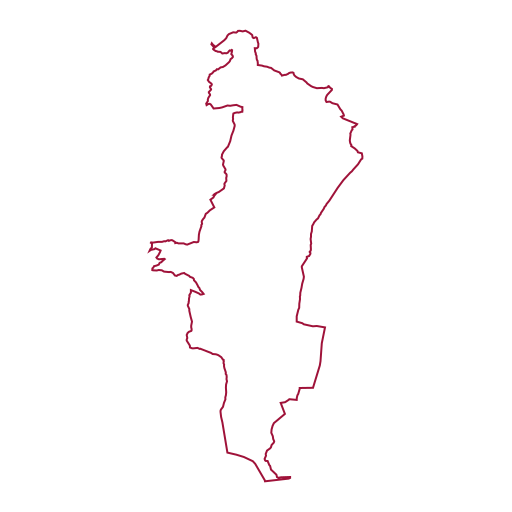 Godeni, Arges, Romania (Robinson projection)
{"feature_id": "2599482B53063420338002", "entity_name": "Godeni", "entity_type": "district", "adm_level": 2, "iso_a3": "ROU", "parent_name": "Romania", "parent_adm1": "Arges", "projection": "robinson", "projection_center": [24.972, 45.207], "detail": "fine", "context": "isolated", "style": "outline", "palette": "rose", "viewbox_px": 512, "rotation_deg": 0, "n_neighbors": 0, "source": "geoboundaries", "source_scale": "gbopen_adm2", "svg_char_len": 5994}
<svg xmlns="http://www.w3.org/2000/svg" viewBox="0 0 512 512"><path d="M227.4,452.6L236.4,454.7L243.9,457.0L252.8,461.2L255.2,463.8L264.8,480.3L265.0,481.3L288.7,478.6L290.1,477.9L290.1,477.0L281.0,477.3L278.3,477.8L277.0,477.1L276.4,474.7L271.0,469.6L270.1,465.9L269.3,465.1L267.6,461.0L265.7,460.9L265.1,460.4L264.6,458.9L266.0,455.7L265.7,454.0L267.0,450.6L270.2,448.3L271.0,447.2L271.6,445.0L273.8,442.6L274.2,441.3L273.2,439.0L272.8,436.2L271.3,432.8L271.6,429.4L272.6,425.8L273.9,423.1L284.9,413.9L280.7,402.9L285.1,402.2L288.9,399.7L289.3,399.2L296.7,399.9L296.8,397.9L297.4,395.3L298.2,394.0L299.7,388.8L299.7,388.0L313.0,387.8L319.8,365.5L320.5,361.2L321.8,343.2L325.0,327.4L316.8,326.0L312.9,326.3L303.8,324.3L302.3,323.2L296.7,321.6L296.7,316.3L298.3,309.8L299.2,307.8L299.3,303.7L300.0,299.2L299.9,296.3L300.2,295.6L300.3,292.8L301.5,287.8L302.2,283.7L303.6,278.9L303.9,276.7L301.8,267.3L301.8,266.3L307.0,258.4L306.8,257.8L306.8,256.8L309.1,256.0L310.4,253.8L310.4,252.9L309.7,252.1L309.7,251.7L310.4,251.1L310.8,250.3L310.9,249.2L310.7,244.9L311.2,243.6L310.6,239.0L311.0,236.8L311.0,234.0L311.8,231.4L312.2,225.9L313.7,223.4L314.0,222.5L316.6,219.5L318.0,218.4L319.5,215.3L320.5,214.3L320.9,213.0L323.8,208.7L324.5,207.0L325.9,205.5L326.5,204.1L329.3,200.7L337.7,187.8L343.4,180.1L350.2,172.7L351.9,171.3L353.2,169.6L358.0,164.3L361.1,159.4L362.3,158.6L362.4,156.3L361.8,153.3L357.9,152.3L357.4,150.9L354.7,148.4L351.2,146.1L351.4,145.1L350.4,143.5L350.0,141.9L349.8,140.3L350.5,134.8L350.3,133.6L351.7,130.3L352.5,129.5L352.3,127.2L354.6,126.7L354.5,126.3L356.2,125.3L357.1,124.1L342.8,118.3L341.2,116.7L343.9,115.6L343.6,114.4L341.7,110.7L340.3,109.2L337.5,104.5L332.4,103.2L330.2,101.8L329.2,101.6L326.5,102.0L325.9,100.9L325.6,100.1L325.7,98.4L326.3,96.5L327.2,94.9L331.9,89.9L331.9,88.9L330.3,87.9L328.7,86.1L328.2,86.3L327.9,87.2L327.7,87.3L323.9,88.2L321.9,87.9L316.9,88.2L312.9,87.0L311.2,86.2L307.2,83.4L306.6,82.5L302.8,79.3L298.9,78.5L296.2,77.0L294.4,75.4L293.7,74.0L293.5,72.9L292.6,72.4L290.3,72.6L288.8,73.2L288.0,73.9L285.8,74.9L284.5,74.9L281.9,75.6L281.4,74.6L280.2,73.5L279.9,72.7L279.3,72.3L274.2,70.4L271.1,67.9L269.3,67.6L267.0,66.7L264.0,66.3L262.0,65.6L257.8,65.0L257.8,63.0L257.5,60.7L256.9,59.8L256.6,58.3L256.5,55.9L255.7,54.1L255.8,53.3L255.1,51.6L254.8,48.2L256.7,48.3L257.8,47.4L258.2,46.8L258.4,43.7L257.9,42.3L256.9,37.9L255.9,37.2L253.8,38.1L253.1,37.8L252.6,37.2L252.2,35.1L251.6,34.5L249.2,32.7L245.5,30.7L242.7,31.4L239.9,30.8L238.0,30.9L237.3,31.8L236.2,32.6L233.2,32.3L228.9,34.1L227.5,35.5L226.2,38.2L224.3,40.2L215.7,46.9L213.0,44.8L211.8,43.3L211.4,44.3L213.2,46.3L214.8,47.5L213.2,48.6L213.1,49.1L213.7,49.7L215.6,51.0L216.8,51.2L217.6,51.7L220.5,51.9L222.3,53.5L224.7,53.1L226.4,53.3L227.8,52.7L229.0,51.1L229.8,50.4L230.6,50.7L231.7,49.9L232.1,50.2L231.9,51.9L231.3,54.1L232.6,55.6L232.9,56.9L231.9,58.2L230.6,59.1L229.8,61.2L229.0,62.2L225.5,65.4L222.9,67.0L220.6,67.4L218.1,69.4L216.9,69.2L215.8,70.5L213.6,71.4L213.3,72.1L211.8,73.6L209.7,74.6L209.6,75.9L208.7,77.4L208.3,79.1L207.8,80.0L209.0,81.8L211.5,83.7L211.8,84.6L211.2,85.8L210.0,86.3L209.9,86.8L209.9,87.3L211.1,89.2L211.0,89.7L208.8,92.1L208.9,92.8L210.0,94.4L210.1,95.1L208.4,97.7L207.8,99.6L207.9,101.0L206.2,103.6L206.6,105.1L208.4,104.0L209.7,103.8L210.8,104.5L213.6,108.5L219.4,108.0L222.1,107.4L227.5,105.5L230.2,105.8L233.0,105.3L236.5,104.9L240.6,106.7L242.4,107.1L242.3,108.9L242.5,110.1L242.3,111.7L241.5,111.6L240.8,112.1L238.5,112.6L237.1,112.4L234.8,112.9L233.4,113.5L233.2,114.5L232.9,117.6L233.1,119.0L232.8,120.2L232.9,121.1L234.6,124.5L234.7,125.9L233.4,130.7L231.5,135.5L230.2,141.2L227.9,146.8L227.3,147.2L223.8,151.2L222.0,154.6L221.9,156.2L221.5,157.3L221.7,158.1L223.6,160.3L223.8,160.9L223.0,164.6L223.3,165.6L225.5,169.3L225.4,170.4L224.7,171.5L224.7,172.5L226.2,173.9L226.6,174.8L226.6,176.5L226.2,177.9L226.4,180.9L224.5,183.5L224.4,184.2L224.7,185.5L223.9,188.4L218.8,192.0L216.6,192.9L214.5,194.1L214.0,194.6L215.3,194.5L214.3,195.7L213.4,197.5L210.4,199.7L214.3,207.4L209.9,210.3L207.4,212.8L205.8,213.8L204.4,217.6L203.3,218.8L202.0,220.7L201.7,221.9L202.1,223.8L201.3,225.1L201.4,226.2L199.5,231.6L198.9,234.7L198.6,239.9L198.4,241.3L198.1,241.9L196.7,242.3L193.8,242.0L187.2,244.6L185.7,244.3L183.7,243.4L178.4,243.4L177.0,242.8L175.3,243.1L175.3,242.2L172.4,240.3L171.4,240.1L169.5,240.5L168.9,240.9L168.1,240.2L165.3,241.4L164.2,241.2L161.9,241.9L157.8,241.9L153.0,242.6L151.1,242.4L150.9,242.8L152.0,243.5L151.9,247.4L150.4,249.0L149.6,250.8L150.9,249.9L154.5,249.1L155.4,248.3L160.6,250.5L160.0,252.1L158.3,255.3L156.4,257.5L157.1,258.5L158.9,259.3L164.3,258.8L164.7,259.1L161.8,261.6L161.4,262.2L160.2,262.6L159.5,263.1L158.8,264.6L156.4,265.6L154.0,266.2L153.4,267.5L152.4,268.4L152.3,270.1L153.0,270.3L156.7,270.5L158.8,270.0L161.8,270.3L164.0,271.6L169.1,272.1L170.3,271.9L171.2,272.1L173.0,273.0L174.9,275.5L176.7,275.9L178.1,274.9L179.2,274.7L181.3,273.6L184.2,273.0L185.1,273.8L189.2,275.9L189.9,276.8L192.7,277.8L193.8,278.9L194.0,280.3L196.0,282.4L197.7,285.5L198.3,286.9L199.3,287.9L200.1,290.0L202.2,292.1L203.6,293.9L202.1,294.4L200.6,294.6L199.9,294.3L199.0,293.5L195.3,291.8L190.9,290.1L190.9,292.6L189.3,295.2L189.6,296.0L189.0,298.6L188.9,301.2L188.6,301.9L188.7,302.9L187.8,304.9L187.8,305.7L189.3,309.0L189.3,310.8L190.7,317.0L192.0,321.6L191.2,325.7L191.2,327.3L191.6,329.0L191.6,330.2L191.3,330.9L188.9,331.8L187.6,333.0L186.7,335.0L187.3,338.0L186.7,339.5L186.7,340.6L189.8,345.5L190.0,347.5L192.1,348.3L193.9,348.3L197.5,347.9L199.7,348.9L200.2,348.7L211.2,353.0L212.6,354.0L215.9,354.3L217.2,354.7L218.4,355.2L221.3,357.2L222.7,359.3L223.7,360.0L223.5,360.8L223.8,361.2L223.5,363.1L224.1,364.5L224.0,366.1L224.4,368.1L225.8,372.3L225.7,373.9L226.5,375.0L226.7,377.0L226.5,379.1L227.0,381.3L226.1,384.4L225.9,387.6L226.2,392.3L225.9,395.2L225.3,397.4L225.4,399.4L224.0,402.8L223.0,406.8L221.0,409.5L220.6,410.4L220.5,411.7L221.1,416.9L222.4,422.4L227.4,452.6Z" fill="none" stroke="#9f1239" stroke-width="2"/></svg>